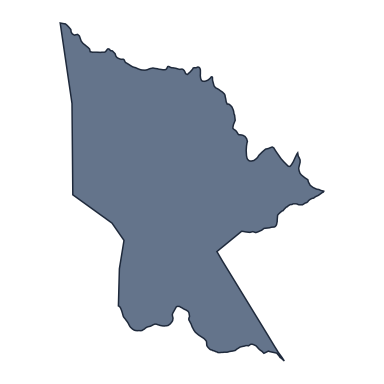 Cacoa, Vieux Fort, Saint Lucia
{"feature_id": "8701671B96967747537750", "entity_name": "Cacoa", "entity_type": "district", "adm_level": 2, "iso_a3": "LCA", "parent_name": "Saint Lucia", "parent_adm1": "Vieux Fort", "projection": "equal_earth", "projection_center": [-60.937, 13.779], "detail": "fine", "context": "isolated", "style": "filled", "palette": "slate", "viewbox_px": 384, "rotation_deg": 0, "n_neighbors": 0, "source": "geoboundaries", "source_scale": "gbopen_adm2", "svg_char_len": 5924}
<svg xmlns="http://www.w3.org/2000/svg" viewBox="0 0 384 384"><path d="M60.2,23.0L72.0,103.5L72.8,194.8L112.0,223.1L124.0,240.4L119.4,268.7L118.4,305.9L118.9,306.1L119.8,306.9L120.3,307.5L120.8,308.6L121.8,311.1L122.0,311.9L122.3,312.8L122.9,315.0L123.4,316.6L124.0,317.5L125.4,319.2L126.3,320.5L127.1,321.5L128.2,323.2L129.5,325.8L130.1,326.7L130.6,327.4L131.2,327.9L132.5,329.1L132.9,329.3L134.1,330.1L134.7,330.3L135.5,330.5L137.2,330.7L138.2,330.6L139.8,330.6L140.5,330.7L141.3,330.6L142.0,330.5L143.2,329.7L144.3,329.1L145.8,327.8L147.5,326.9L149.7,326.4L150.2,326.3L151.1,325.9L151.7,325.6L153.1,324.8L153.4,324.7L154.5,324.2L155.2,324.1L156.5,324.2L158.1,324.8L158.9,325.0L159.7,325.3L160.4,325.5L162.7,325.9L164.4,326.0L165.5,325.8L166.3,325.8L167.3,325.6L168.0,325.5L168.7,325.0L169.3,324.6L170.0,324.1L170.5,323.6L171.7,322.1L172.1,321.5L172.6,320.7L172.7,320.1L173.0,318.4L172.9,317.6L172.5,316.1L172.4,315.2L172.3,314.6L172.5,314.0L172.8,313.1L175.6,308.1L176.2,307.0L176.6,306.7L177.0,306.5L177.4,306.4L178.6,306.4L179.0,306.4L179.5,306.5L179.9,306.7L180.5,307.1L181.5,307.6L182.1,307.9L183.8,309.0L186.2,310.1L186.8,310.5L188.0,311.3L188.5,312.0L188.8,312.5L189.0,313.2L189.5,316.0L189.5,316.7L189.2,317.4L189.0,317.8L188.8,318.7L188.8,319.2L188.9,320.0L189.5,321.0L190.3,322.6L190.9,323.6L191.3,324.6L192.0,326.5L192.5,327.6L193.0,328.4L193.5,329.5L193.9,330.2L195.4,332.3L195.9,332.7L196.7,333.4L198.0,334.5L198.9,335.2L202.3,337.4L203.4,338.1L204.2,338.7L204.7,339.2L206.1,340.8L206.4,341.3L206.6,342.6L206.7,344.5L206.8,345.4L207.1,346.1L207.5,346.7L208.4,347.8L209.0,348.4L209.6,349.0L210.2,349.5L210.8,349.8L211.3,349.8L211.7,350.0L212.3,350.2L213.0,350.7L213.8,350.7L214.7,351.1L215.3,351.4L215.9,351.7L216.5,351.8L217.3,352.1L217.8,352.5L218.8,352.6L220.0,352.6L221.2,352.4L223.0,352.4L224.0,352.2L225.1,352.2L226.9,352.2L228.0,352.0L229.1,351.6L231.4,351.2L232.4,351.1L234.1,350.7L235.1,350.5L235.9,349.9L236.8,349.1L237.4,348.8L238.0,348.4L239.4,347.5L240.0,347.1L240.7,346.9L241.8,346.6L244.8,346.0L245.7,345.6L247.0,345.6L248.6,345.8L249.2,345.3L250.5,344.4L251.2,344.2L251.9,344.2L252.9,344.4L253.6,344.7L254.3,345.0L255.8,345.7L256.4,346.2L258.7,348.8L260.0,350.0L262.3,351.6L262.4,351.8L263.9,353.3L265.4,352.6L268.4,351.1L269.7,351.6L276.7,353.1L279.2,356.1L280.1,357.5L281.0,358.0L284.3,361.0L281.9,357.3L278.3,352.4L276.1,348.8L274.7,346.6L267.5,334.7L222.4,261.0L216.9,251.6L219.5,249.4L241.6,231.3L243.0,231.4L245.7,231.9L249.9,232.4L252.8,231.6L255.8,232.6L257.9,231.9L261.7,230.2L264.0,228.4L269.4,227.8L271.6,227.2L274.3,227.0L275.4,226.4L276.5,224.8L277.2,221.4L277.2,220.3L277.6,215.2L278.5,214.1L280.3,212.4L282.2,210.9L283.0,210.7L284.4,209.0L286.4,207.0L287.4,206.7L288.2,205.8L290.2,204.6L291.9,204.5L293.2,203.8L296.0,203.8L297.4,204.1L298.2,204.6L299.1,204.8L302.4,204.8L305.3,203.0L306.7,202.6L307.8,201.7L308.5,200.7L309.8,199.6L312.0,198.4L313.7,198.1L314.5,197.4L315.7,196.6L318.1,195.5L318.9,195.0L322.4,192.5L323.3,192.1L323.8,191.2L323.6,191.1L321.0,190.5L318.9,189.5L316.7,189.2L312.9,187.4L310.2,185.3L308.4,182.0L307.8,179.7L304.9,177.8L302.5,175.9L301.3,174.9L300.0,173.3L299.1,170.7L298.7,168.4L298.9,167.2L300.1,162.3L300.1,160.0L299.2,157.8L298.2,156.0L297.7,152.9L296.9,154.0L295.3,157.3L293.3,161.7L291.4,164.8L290.0,166.4L289.2,166.4L288.2,166.2L284.0,162.0L281.1,158.8L277.2,153.2L275.7,151.0L273.7,147.8L272.2,147.0L270.0,147.8L268.4,148.5L265.6,149.1L262.2,152.0L258.9,155.3L257.6,157.4L256.4,158.6L253.9,160.5L251.0,161.1L249.2,160.8L247.7,159.5L247.0,158.1L246.5,155.8L246.2,150.3L246.5,145.9L247.0,142.8L247.4,141.5L246.6,138.7L245.0,136.5L242.9,135.3L241.1,134.9L238.8,134.7L238.1,134.1L236.4,131.3L235.1,130.1L233.8,129.3L232.9,128.4L232.9,127.2L233.5,124.5L235.2,120.3L234.6,115.2L234.0,113.8L233.6,111.1L233.1,109.6L231.9,106.9L230.4,105.3L228.8,104.1L227.2,104.1L226.6,102.7L226.2,101.9L226.1,101.2L225.7,98.8L225.5,97.9L225.3,97.1L225.1,96.1L225.1,95.7L224.9,95.0L224.4,94.0L224.0,93.6L222.9,92.5L222.5,92.1L221.6,91.5L220.2,90.6L219.1,89.7L217.8,88.9L215.8,87.9L215.3,87.5L214.9,86.9L214.3,86.3L213.9,85.4L212.6,80.5L212.5,79.4L212.5,77.8L212.4,77.2L212.1,76.9L211.6,76.8L211.0,77.1L210.6,77.8L210.3,78.1L209.0,79.3L207.6,80.3L206.8,80.6L205.8,81.0L204.9,81.3L204.4,81.3L204.0,81.2L203.7,81.2L203.2,81.3L202.6,81.2L202.0,80.8L201.6,80.5L201.3,80.0L201.0,79.4L200.7,78.6L200.5,77.4L200.4,76.4L200.3,75.6L200.4,73.7L200.4,72.6L200.4,71.6L200.4,70.2L200.3,69.5L200.2,69.1L199.8,68.2L199.6,67.9L198.8,67.2L198.2,67.1L197.5,67.1L196.3,67.7L195.2,67.8L194.3,67.7L193.2,68.0L193.1,68.3L192.7,69.0L191.4,70.6L190.7,71.3L190.0,72.1L189.4,72.7L188.5,73.3L188.1,73.9L187.6,74.3L187.3,74.5L186.0,73.9L185.5,73.4L185.2,72.6L184.9,71.9L184.6,71.3L184.2,70.6L183.7,70.1L183.2,69.6L182.5,69.2L181.8,69.1L180.7,69.2L180.0,69.4L178.4,69.1L177.8,68.9L177.1,68.7L176.3,68.4L174.8,68.1L174.0,68.0L173.0,67.8L172.1,67.8L171.5,67.7L170.6,67.4L168.8,66.5L168.2,66.5L167.7,66.6L166.6,68.8L165.9,69.4L165.6,69.6L164.0,69.8L162.5,69.7L160.8,69.4L158.9,69.2L157.3,68.7L156.4,68.6L154.8,68.4L152.9,68.0L151.8,68.3L151.0,68.4L150.1,68.6L149.6,68.8L149.2,68.9L147.4,69.7L145.6,70.1L144.8,70.1L144.2,70.2L143.6,70.1L142.9,70.0L142.1,70.0L141.5,69.9L140.2,69.6L138.0,68.8L136.5,68.1L135.4,67.6L134.6,67.5L133.9,67.2L132.8,66.9L132.2,66.6L130.1,65.3L128.0,63.9L127.3,63.6L126.9,63.2L126.2,62.9L125.7,62.6L125.1,61.9L124.7,61.2L124.4,60.3L124.0,59.7L123.5,59.3L122.7,59.2L122.1,59.3L121.4,59.3L120.7,59.2L120.0,59.0L119.0,58.6L117.7,58.0L117.1,57.6L116.7,57.2L116.1,56.5L116.0,56.3L115.8,55.9L115.1,53.7L112.4,50.9L110.4,50.6L109.6,49.4L108.7,48.9L107.6,49.0L106.8,50.0L105.6,51.6L104.6,52.2L101.7,52.2L100.8,52.4L96.5,52.2L93.0,52.2L92.8,52.3L90.2,51.7L89.6,49.1L88.3,47.7L82.9,43.3L81.2,41.1L79.4,36.0L77.6,34.4L75.6,34.8L74.6,35.2L72.4,34.0L71.2,32.2L70.8,29.5L68.9,27.2L67.0,25.2L65.4,23.9L63.4,23.6L60.7,23.1L60.2,23.0Z" fill="#64748b" stroke="#1e293b" stroke-width="1.5"/></svg>